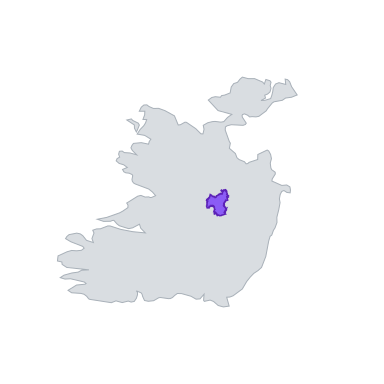 Moate Lea-4, Westmeath, Ireland (highlighted), rotated 25°
{"feature_id": "5873133B47178775343132", "entity_name": "Moate Lea-4", "entity_type": "district", "adm_level": 2, "iso_a3": "IRL", "parent_name": "Ireland", "parent_adm1": "Westmeath", "projection": "mercator", "projection_center": [-7.571, 53.503], "detail": "fine", "context": "in_parent", "style": "filled", "palette": "violet", "viewbox_px": 384, "rotation_deg": 25, "n_neighbors": 0, "source": "geoboundaries", "source_scale": "gbopen_adm2", "svg_char_len": 8108}
<svg xmlns="http://www.w3.org/2000/svg" viewBox="0 0 384 384"><g transform="rotate(25 192 192)"><path d="M235.1,70.7L228.2,75.6L227.1,77.4L225.2,84.9L225.0,87.0L220.6,95.2L218.2,96.9L214.6,98.3L212.5,99.6L209.9,98.9L206.6,99.0L205.0,100.5L205.1,101.6L206.0,102.9L212.1,106.7L211.8,108.3L210.1,110.0L199.2,114.4L195.9,117.1L194.8,118.9L195.9,121.8L204.6,130.6L206.1,131.5L207.4,136.6L215.1,138.8L218.2,141.9L220.9,142.7L226.8,142.4L229.1,143.6L230.5,142.7L231.2,141.0L237.8,134.8L235.8,130.2L242.4,122.2L244.2,122.4L247.4,124.8L249.9,128.2L250.7,132.7L253.2,136.7L254.7,138.1L259.0,138.9L259.9,140.5L259.2,146.3L259.8,148.3L270.6,148.1L274.9,145.6L278.6,146.0L280.4,148.6L281.3,151.3L278.1,152.3L274.7,151.8L273.1,153.6L273.0,157.0L274.1,161.3L276.3,164.4L278.1,171.4L279.6,179.1L281.9,183.7L282.4,189.5L282.0,192.3L282.5,197.4L281.5,199.1L282.2,203.9L286.1,219.2L286.9,231.0L285.0,235.4L282.4,239.6L280.7,244.6L279.4,250.0L278.6,258.6L273.1,268.7L270.7,271.2L267.9,272.7L273.9,279.7L269.0,282.9L263.7,283.8L257.8,282.1L254.1,282.3L249.4,285.9L248.3,285.3L246.1,279.5L244.4,285.5L241.0,287.4L235.2,286.9L225.4,288.5L221.6,290.2L220.1,292.9L218.9,295.9L217.4,297.7L215.7,298.6L208.1,300.9L206.6,301.8L203.2,306.7L198.6,309.5L194.8,310.4L191.4,307.5L190.0,305.8L188.5,304.9L183.3,305.1L184.9,305.9L186.0,308.0L186.5,311.8L185.9,315.6L183.3,317.5L180.3,317.8L175.5,321.7L169.1,322.8L165.7,326.4L144.7,332.5L143.5,332.5L140.6,331.0L137.4,330.3L134.3,330.8L125.5,334.2L121.2,333.5L126.7,325.1L134.0,320.8L134.7,319.7L132.4,319.1L118.5,322.0L113.7,324.6L108.8,325.3L111.1,321.5L117.3,316.2L122.7,312.7L125.0,309.6L131.5,306.1L110.4,313.3L104.9,312.5L103.6,310.4L99.2,311.4L97.6,306.5L104.0,299.0L107.7,295.8L112.2,294.1L116.4,291.6L118.0,288.5L116.0,287.5L103.2,288.3L97.1,287.7L97.4,285.2L98.6,282.6L104.9,278.0L108.3,277.2L111.4,277.7L116.8,280.4L124.0,279.5L121.0,276.5L120.5,270.6L118.2,268.6L121.1,265.8L124.5,264.1L130.1,258.3L132.1,257.4L143.2,256.0L155.1,253.0L167.0,248.8L160.9,246.5L158.0,243.4L153.3,249.6L150.0,252.0L140.4,253.3L137.4,252.6L133.2,250.7L131.9,251.4L130.6,252.9L124.3,256.0L117.7,256.7L125.4,251.1L135.2,241.5L137.4,238.5L140.5,233.2L139.5,230.9L137.5,229.6L144.6,218.7L147.1,216.7L151.6,216.4L154.9,214.7L156.4,214.7L157.7,214.0L160.6,210.7L156.1,208.7L151.5,207.6L137.1,208.7L135.2,208.5L133.4,207.5L132.3,206.0L131.4,202.3L130.4,201.5L127.1,201.5L123.9,202.6L121.7,202.5L119.5,200.9L123.0,197.1L118.5,196.2L113.9,196.9L110.1,195.8L110.0,193.4L111.7,191.0L109.5,188.7L109.0,185.8L111.4,184.4L114.0,184.9L119.4,182.8L126.2,181.7L120.4,179.6L118.0,177.8L117.9,175.1L118.4,172.7L125.2,168.7L132.4,167.0L131.9,164.3L132.4,161.5L125.1,160.7L117.8,162.7L118.6,157.2L120.3,152.3L120.7,149.0L120.3,145.5L116.9,147.0L116.5,142.1L115.1,138.7L110.1,141.1L110.2,136.6L111.6,133.5L114.3,132.1L116.9,132.7L121.7,132.6L126.4,130.3L133.1,129.7L143.9,130.4L151.2,137.1L153.1,135.9L156.1,131.7L157.5,131.2L168.6,133.0L175.5,135.5L177.4,134.7L176.4,130.1L174.0,126.8L177.0,122.6L180.6,119.7L183.0,118.3L188.6,116.5L191.1,114.8L192.7,109.4L195.3,104.8L181.2,107.2L167.9,101.8L170.0,98.0L172.8,95.8L177.7,94.1L178.1,92.1L180.6,90.4L184.7,86.1L183.2,80.3L184.0,76.1L186.9,73.4L187.8,69.5L189.1,66.6L195.1,65.5L200.8,62.8L209.6,62.5L211.9,63.6L211.4,58.8L215.6,58.2L217.2,59.1L217.9,62.5L219.8,64.7L220.4,68.4L219.1,71.3L217.0,73.5L218.9,75.8L215.9,79.9L219.2,78.2L223.8,74.1L223.5,70.8L222.7,66.7L221.5,63.0L222.1,58.8L224.6,56.2L231.5,54.9L228.7,50.3L231.2,49.8L233.9,50.8L237.8,54.5L246.3,59.6L242.1,64.1L237.1,67.3L235.1,70.7ZM116.3,159.0L116.2,161.1L112.9,158.5L111.4,155.6L102.5,154.3L106.2,151.4L108.0,152.2L114.2,152.3L116.0,153.6L116.3,159.0Z" fill="#d9dde1" stroke="#a8b0b8" stroke-width="1"/><path d="M224.8,202.7L225.2,202.5L225.2,202.4L225.3,202.3L225.2,202.2L225.3,202.1L225.2,202.1L225.3,201.9L225.5,201.8L225.8,201.6L226.0,201.6L227.2,201.8L227.7,201.4L228.5,201.0L228.6,200.8L228.7,200.4L229.0,200.3L229.7,199.7L229.7,199.4L229.8,199.3L230.1,199.3L230.3,199.2L230.9,198.5L231.7,197.8L230.7,197.4L230.5,197.1L230.0,197.0L229.9,197.0L229.9,196.7L230.0,196.7L229.8,196.2L229.9,195.9L230.2,195.9L230.4,196.0L230.7,196.0L230.4,194.9L229.9,194.6L230.0,194.4L230.6,194.4L230.8,194.0L230.8,193.8L230.8,193.7L230.7,193.4L230.4,193.1L230.2,192.6L230.2,192.4L230.0,192.7L229.8,192.5L229.6,192.6L229.6,192.4L229.4,192.4L229.0,191.9L228.9,192.0L228.8,191.9L228.6,192.0L228.3,191.9L228.1,191.9L227.2,191.6L227.5,191.2L226.2,190.7L226.5,190.0L226.4,189.6L226.2,189.5L225.9,189.4L225.8,189.5L225.7,189.4L225.6,189.1L225.6,188.9L225.9,188.7L226.2,188.9L226.1,188.7L225.9,188.7L225.7,188.1L225.7,187.9L225.8,187.8L225.9,187.6L225.7,187.5L225.7,187.4L225.8,187.3L225.8,187.2L226.1,187.0L226.0,186.9L226.0,186.6L226.3,186.5L226.3,186.1L226.2,185.8L226.0,185.7L225.9,185.3L226.1,185.3L226.3,185.4L226.4,185.2L227.1,185.0L227.8,184.3L226.0,182.2L225.8,181.8L225.8,181.7L225.6,181.5L225.8,181.4L226.1,181.2L226.3,181.3L226.5,181.6L226.8,181.8L227.1,181.1L226.7,181.0L226.3,180.6L226.2,180.6L226.4,179.9L226.2,179.9L225.9,179.8L225.8,180.0L225.7,180.3L225.5,180.1L225.4,180.0L225.3,179.8L225.3,179.7L225.1,179.5L224.6,179.5L224.6,179.4L224.6,179.1L224.7,178.9L224.6,178.6L224.4,178.5L224.4,178.4L223.8,177.9L223.4,177.5L223.2,177.5L223.1,177.3L222.8,177.1L222.9,176.9L222.9,176.6L223.0,176.5L222.5,176.2L222.3,176.2L221.5,175.7L221.3,175.8L221.5,176.1L221.4,176.3L221.6,176.4L221.6,176.6L221.2,176.4L220.8,176.5L221.0,176.8L220.9,176.9L220.7,177.0L219.9,176.8L219.7,177.6L219.6,177.9L219.8,178.1L220.0,178.3L219.8,178.7L219.2,178.2L218.8,177.9L218.0,177.7L217.8,178.1L217.8,178.5L218.2,178.5L218.7,178.8L219.4,179.1L219.8,179.5L220.0,179.9L219.8,180.1L219.8,180.3L220.0,180.8L220.2,181.0L220.0,181.3L219.5,181.3L219.3,181.1L219.1,181.1L218.7,181.1L218.3,181.3L218.2,181.4L218.1,181.6L218.3,181.9L218.4,182.2L218.3,182.4L218.0,182.7L217.6,182.9L217.5,182.7L217.3,182.7L217.1,183.0L217.2,183.6L216.8,183.9L216.3,184.8L215.8,185.1L216.0,185.6L216.0,186.4L215.8,186.9L215.2,187.3L215.0,187.1L214.9,186.8L214.5,186.9L213.9,186.6L213.7,186.7L213.3,186.8L213.2,187.0L213.2,187.3L212.6,187.2L212.4,187.3L212.2,187.4L212.0,187.2L211.5,186.8L211.1,186.7L210.9,186.8L210.7,186.8L210.4,186.6L210.0,186.7L209.6,186.6L209.7,187.2L209.9,187.4L209.9,187.5L210.1,187.7L209.9,188.0L210.0,188.1L210.0,188.3L209.9,188.7L210.0,188.8L210.0,189.0L210.0,189.3L210.3,189.9L210.2,190.0L209.9,190.0L209.5,190.3L209.5,190.5L209.6,190.8L209.4,191.0L209.2,191.3L209.3,191.4L209.5,191.4L209.7,191.9L209.4,192.0L209.4,191.9L209.3,191.7L209.2,191.7L209.2,191.8L209.3,191.9L209.4,192.1L208.6,192.5L208.8,192.7L208.8,193.0L208.8,193.3L208.7,193.5L208.8,193.6L209.0,193.7L209.3,193.7L209.5,193.8L210.0,193.8L209.9,194.1L210.0,194.1L210.0,194.3L210.1,194.5L210.1,194.9L210.0,195.1L210.0,195.3L210.3,195.4L210.3,195.6L210.3,195.8L210.4,196.0L210.5,196.0L210.7,196.3L210.7,196.6L210.8,196.7L210.9,196.9L210.8,197.0L211.1,197.3L211.3,197.7L211.1,198.5L211.4,198.6L211.5,198.7L211.5,198.8L211.6,199.0L212.4,200.0L213.4,199.6L213.5,199.4L214.0,199.2L213.7,198.9L213.7,198.4L213.7,198.1L213.9,198.2L214.1,197.9L214.3,198.1L214.4,197.7L214.5,197.5L214.3,197.3L214.4,197.2L214.5,197.2L214.8,197.2L215.0,197.1L215.1,196.9L215.0,196.5L215.4,196.6L215.6,196.6L215.6,196.3L215.7,196.0L215.8,196.1L216.1,196.3L216.4,196.3L216.5,196.1L216.5,195.9L216.7,196.0L216.7,195.9L216.8,195.8L217.1,195.7L217.3,195.7L217.4,195.4L217.6,195.5L217.8,195.7L217.9,195.9L218.2,195.9L218.2,196.0L218.3,196.3L218.1,196.3L218.2,196.5L218.3,196.6L218.9,196.8L219.2,197.0L219.3,197.2L219.3,197.4L219.3,197.6L219.5,197.9L219.6,198.0L219.8,198.1L220.0,198.2L219.9,198.3L220.0,198.5L219.9,198.9L219.9,199.0L219.9,199.5L220.0,199.9L220.1,200.1L220.1,200.3L220.1,200.5L220.3,200.4L220.4,200.5L220.5,200.7L221.0,201.2L221.1,201.4L221.2,202.0L221.6,202.4L221.7,202.2L221.5,201.9L221.4,202.0L221.3,201.7L221.5,201.5L221.5,201.4L221.4,201.3L221.6,201.2L221.6,200.5L222.2,200.8L222.3,200.8L222.4,200.7L222.8,200.9L223.1,201.0L223.0,201.5L223.2,201.8L223.5,201.9L223.5,201.7L224.0,201.6L224.1,201.9L224.4,201.9L224.6,202.5L224.8,202.7Z" fill="#8b5cf6" stroke="#5b21b6" stroke-width="1.5"/></g></svg>